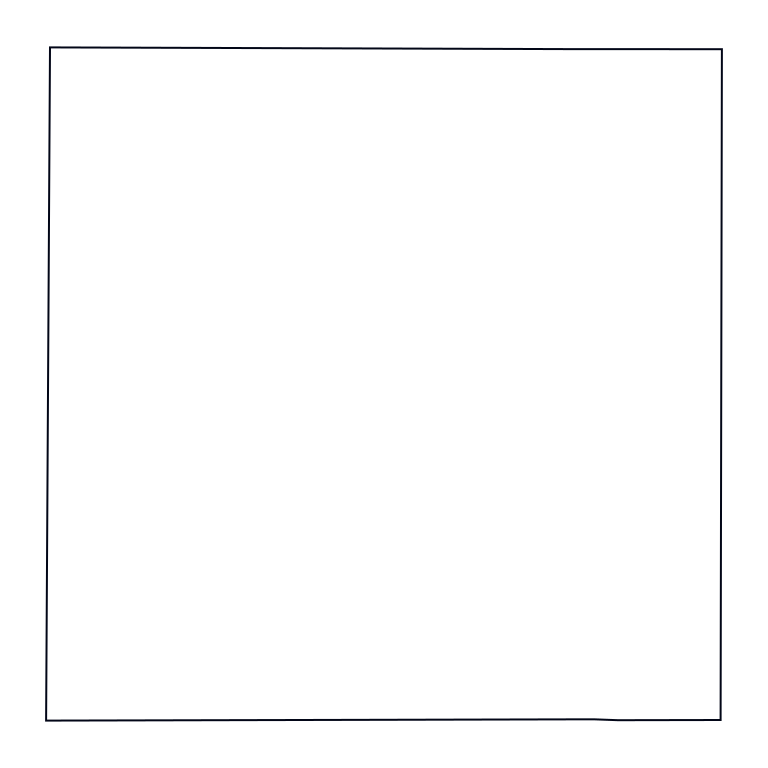 outline of Hall, Texas, United States of America
{"feature_id": "52423323B5625612438776", "entity_name": "Hall", "entity_type": "district", "adm_level": 2, "iso_a3": "USA", "parent_name": "United States of America", "parent_adm1": "Texas", "projection": "albers", "projection_center": [-100.587, 34.531], "detail": "fine", "context": "isolated", "style": "outline", "palette": "ink", "viewbox_px": 768, "rotation_deg": 0, "n_neighbors": 0, "source": "geoboundaries", "source_scale": "gbopen_adm2", "svg_char_len": 217}
<svg xmlns="http://www.w3.org/2000/svg" viewBox="0 0 768 768"><path d="M721.9,49.2L563.4,49.1L50.0,47.4L46.1,720.6L593.5,719.3L618.0,720.2L720.6,720.0L721.9,49.2Z" fill="none" stroke="#020617" stroke-width="2"/></svg>